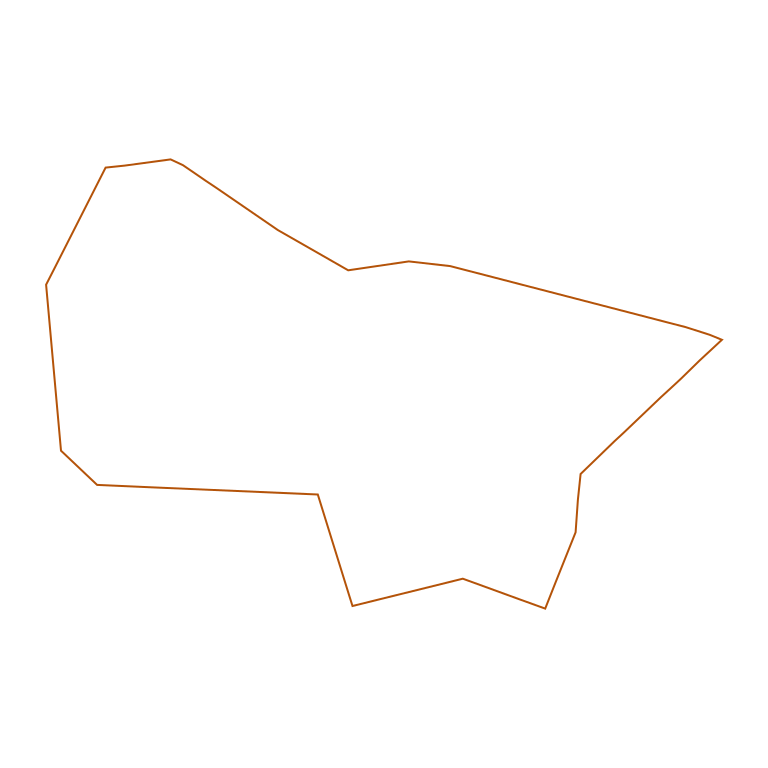 the district of Serra Caiada, Rio Grande do Norte, Brazil
{"feature_id": "56859067B6635652118249", "entity_name": "Serra Caiada", "entity_type": "district", "adm_level": 2, "iso_a3": "BRA", "parent_name": "Brazil", "parent_adm1": "Rio Grande do Norte", "projection": "robinson", "projection_center": [-35.697, -6.109], "detail": "fine", "context": "isolated", "style": "outline", "palette": "amber", "viewbox_px": 768, "rotation_deg": 0, "n_neighbors": 0, "source": "geoboundaries", "source_scale": "gbopen_adm2", "svg_char_len": 567}
<svg xmlns="http://www.w3.org/2000/svg" viewBox="0 0 768 768"><path d="M721.9,339.8L709.7,334.8L685.6,327.1L667.0,322.3L450.2,266.1L408.8,261.4L348.2,270.3L277.9,230.1L216.1,187.7L206.2,181.1L183.0,165.2L170.6,159.4L124.7,165.6L105.6,167.6L54.8,267.7L46.1,284.7L61.0,450.7L97.1,484.9L151.1,487.3L317.8,494.5L331.9,539.9L349.1,595.2L352.5,606.0L462.8,578.7L519.7,599.4L545.2,608.6L556.0,581.3L575.6,532.3L577.9,499.7L580.6,474.0L614.6,441.1L623.8,432.6L661.0,397.1L672.9,386.2L681.5,378.2L699.6,360.5L721.9,339.8Z" fill="none" stroke="#b45309" stroke-width="2"/></svg>